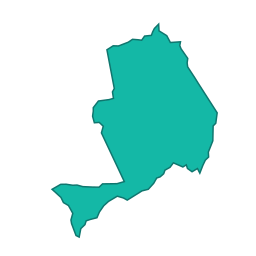 the district of Muliterno, Rio Grande do Sul, Brazil, rotated 254°
{"feature_id": "56859067B58975404223376", "entity_name": "Muliterno", "entity_type": "district", "adm_level": 2, "iso_a3": "BRA", "parent_name": "Brazil", "parent_adm1": "Rio Grande do Sul", "projection": "albers", "projection_center": [-51.789, -28.312], "detail": "fine", "context": "isolated", "style": "filled", "palette": "teal", "viewbox_px": 256, "rotation_deg": 254, "n_neighbors": 0, "source": "geoboundaries", "source_scale": "gbopen_adm2", "svg_char_len": 1169}
<svg xmlns="http://www.w3.org/2000/svg" viewBox="0 0 256 256"><g transform="rotate(254 128 128)"><path d="M36.6,51.0L44.3,54.9L47.0,60.0L50.3,62.2L50.5,66.4L50.3,73.4L55.1,77.3L60.0,83.3L62.8,89.0L65.4,98.9L62.0,104.3L58.9,107.4L63.7,124.1L63.5,130.6L67.7,137.4L72.0,141.8L72.2,145.5L74.2,149.7L77.3,151.9L78.6,157.5L82.0,162.0L78.5,166.3L75.4,170.0L76.5,173.9L72.7,174.0L68.3,177.5L69.9,183.6L64.8,184.6L71.5,189.7L75.8,193.5L77.9,197.5L82.7,198.6L92.3,206.0L106.5,210.4L108.4,213.7L118.0,217.9L151.7,207.8L158.0,206.0L170.3,202.2L174.3,202.8L178.4,204.6L189.6,200.8L193.0,200.5L196.4,202.2L198.5,192.3L206.1,190.7L212.8,184.6L219.4,186.1L216.4,180.8L213.6,178.2L210.6,176.0L211.8,169.3L208.6,165.3L210.1,161.9L212.0,156.8L210.4,151.9L209.5,141.4L211.1,136.4L209.0,129.3L169.7,125.7L167.0,123.0L160.5,122.2L160.5,117.7L162.1,107.0L157.1,100.2L153.8,99.3L149.1,97.2L142.3,97.1L141.3,101.9L136.5,104.7L130.6,101.1L77.5,109.7L77.5,102.1L81.3,88.1L79.1,83.9L80.9,77.9L84.1,68.4L87.2,63.3L88.2,59.1L91.0,53.0L92.4,47.8L90.0,38.1L79.8,44.4L74.1,45.4L69.9,49.4L61.2,51.4L55.3,47.8L51.6,47.4L39.0,48.4L36.6,51.0Z" fill="#14b8a6" stroke="#0f766e" stroke-width="1.5"/></g></svg>